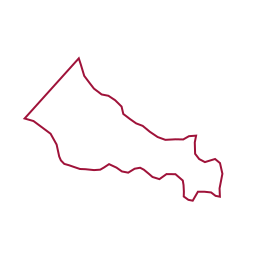 the district of Agridaki, Cyprus, rotated 281°
{"feature_id": "46923920B13856899738172", "entity_name": "Agridaki", "entity_type": "district", "adm_level": 2, "iso_a3": "CYP", "parent_name": "Cyprus", "parent_adm1": "", "projection": "mercator", "projection_center": [33.151, 35.3], "detail": "fine", "context": "isolated", "style": "outline", "palette": "rose", "viewbox_px": 256, "rotation_deg": 281, "n_neighbors": 0, "source": "geoboundaries", "source_scale": "gbopen_adm2", "svg_char_len": 927}
<svg xmlns="http://www.w3.org/2000/svg" viewBox="0 0 256 256"><g transform="rotate(281 128 128)"><path d="M69.0,205.4L78.8,208.8L80.0,215.0L80.6,221.9L78.1,226.9L78.1,231.3L86.2,229.4L92.4,229.4L101.1,229.4L111.1,225.0L114.2,219.4L109.2,210.0L111.1,203.8L115.5,198.8L126.6,196.3L133.5,196.3L131.6,189.4L127.3,184.4L126.0,176.9L123.5,166.9L124.8,158.8L128.5,150.1L132.9,142.0L134.1,135.1L137.2,128.2L140.9,120.7L147.8,117.6L152.8,110.1L155.9,102.6L155.9,95.7L160.2,87.0L164.6,82.0L170.8,75.1L181.4,69.5L187.0,66.4L117.6,24.7L116.8,33.9L112.4,43.1L107.6,53.1L98.1,61.1L86.9,65.9L83.4,68.3L80.6,72.3L80.2,77.1L79.4,82.7L78.6,88.7L79.4,93.9L80.2,102.7L81.8,108.7L84.6,111.9L88.9,116.3L86.9,124.3L84.2,130.3L84.2,136.7L89.3,142.3L91.3,147.5L90.1,151.5L86.9,157.4L84.6,161.4L83.8,168.6L90.1,174.6L91.7,183.4L86.9,191.8L82.6,193.4L76.2,195.0L71.4,195.8L69.0,201.0L69.0,205.4Z" fill="none" stroke="#9f1239" stroke-width="2"/></g></svg>